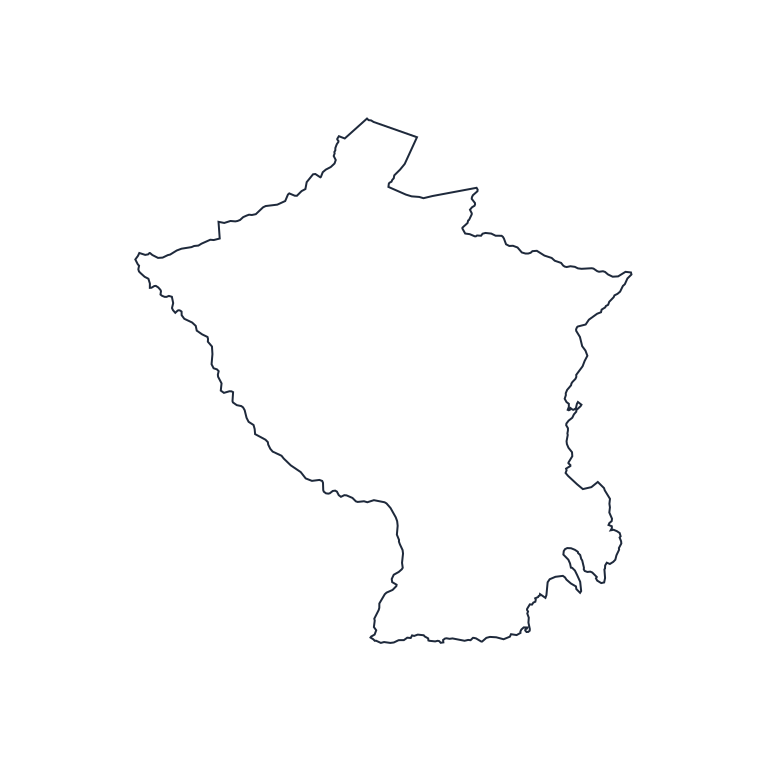 Pahuatlán, Puebla, Mexico, rotated 108°
{"feature_id": "50627088B33192987993204", "entity_name": "Pahuatlán", "entity_type": "district", "adm_level": 2, "iso_a3": "MEX", "parent_name": "Mexico", "parent_adm1": "Puebla", "projection": "albers", "projection_center": [-98.132, 20.287], "detail": "fine", "context": "isolated", "style": "outline", "palette": "slate", "viewbox_px": 768, "rotation_deg": 108, "n_neighbors": 0, "source": "geoboundaries", "source_scale": "gbopen_adm2", "svg_char_len": 6166}
<svg xmlns="http://www.w3.org/2000/svg" viewBox="0 0 768 768"><g transform="rotate(108 384 384)"><path d="M335.0,657.2L338.2,657.6L342.4,659.0L346.2,655.2L347.2,653.5L350.8,653.1L352.7,651.8L353.8,649.7L356.0,644.8L356.7,640.6L360.8,637.7L364.9,636.4L364.3,634.9L361.8,632.7L361.2,631.3L361.9,628.6L363.5,625.8L364.6,624.8L368.0,624.2L368.7,622.4L368.9,619.6L368.3,617.7L366.7,615.8L366.6,612.7L372.2,609.5L377.3,609.1L379.0,607.5L380.8,604.5L377.9,602.9L377.2,601.8L377.2,600.3L377.7,598.9L381.1,597.7L383.7,594.1L384.8,585.5L386.9,581.0L391.1,578.6L393.0,572.3L393.8,566.4L395.5,565.3L398.2,564.6L401.5,559.2L408.6,556.4L418.5,554.1L421.7,550.9L421.7,547.4L422.9,545.2L426.5,544.9L428.4,544.0L433.6,538.7L440.7,537.2L441.9,533.5L438.7,528.8L438.1,526.8L438.4,525.0L447.1,522.8L448.2,522.0L449.6,517.5L449.1,512.9L449.8,510.8L452.0,508.4L458.6,504.3L461.8,501.1L463.3,495.4L466.8,493.1L471.5,491.1L473.6,479.5L475.2,476.5L477.4,475.4L480.8,472.1L482.7,469.0L483.9,459.3L485.9,456.3L490.2,447.5L493.5,436.0L498.0,429.3L498.4,422.6L495.2,415.8L495.3,412.8L496.8,411.5L503.7,409.0L505.0,408.0L505.9,405.4L505.5,403.1L504.7,401.8L501.6,399.7L500.5,397.5L500.9,395.5L503.7,392.7L504.6,390.1L502.0,387.4L501.5,385.2L502.1,378.8L504.3,374.5L504.3,372.6L501.7,366.8L501.6,363.3L497.6,357.7L496.3,346.9L496.8,344.7L499.9,339.5L507.2,331.6L510.4,329.1L514.6,327.2L523.3,325.2L527.7,321.5L529.3,321.1L531.5,319.4L536.2,315.0L539.4,313.5L548.5,311.6L553.0,309.4L554.7,309.8L558.2,311.9L562.4,315.8L567.1,316.4L569.9,315.0L571.0,310.0L572.4,309.8L577.2,312.2L581.6,317.1L583.7,318.3L594.2,320.6L598.3,319.3L600.6,319.2L610.2,320.7L611.9,319.7L618.3,318.5L620.6,315.3L625.2,315.5L628.2,318.2L629.3,318.5L630.1,315.3L631.1,313.4L630.6,312.3L631.2,307.0L629.4,304.2L628.3,298.0L626.8,294.8L623.1,290.9L621.5,286.0L618.1,283.5L617.3,280.1L614.4,279.6L614.3,277.5L611.9,274.4L610.7,268.6L611.5,267.3L612.3,263.4L614.2,262.5L614.2,261.5L613.0,255.8L611.6,253.5L611.5,252.0L612.6,250.1L611.4,247.7L609.2,248.7L607.2,247.3L606.5,245.9L606.1,242.9L604.8,240.2L603.3,228.0L601.4,224.9L600.9,222.5L598.0,221.0L597.7,220.1L597.5,217.9L598.9,211.9L598.6,211.1L593.8,208.2L591.8,205.1L590.2,199.0L589.8,191.4L585.4,186.2L582.7,185.9L581.8,180.3L578.6,177.3L577.2,177.8L575.1,177.5L572.3,175.9L571.3,172.5L572.4,172.5L573.6,173.7L574.8,173.5L575.8,171.8L575.2,170.2L573.6,169.2L572.0,169.6L566.3,172.9L561.5,174.1L558.0,176.8L555.9,176.7L554.6,178.2L553.6,178.4L548.5,177.2L548.1,175.1L545.7,174.4L544.3,172.8L542.2,173.0L541.1,174.0L539.0,171.6L537.8,171.4L537.1,170.5L535.6,170.7L537.5,164.4L534.6,164.3L522.0,167.1L518.5,166.1L514.4,161.4L511.2,154.6L512.0,152.1L513.7,150.0L516.0,144.5L517.2,138.9L519.6,137.7L522.0,133.0L520.0,132.5L511.5,136.3L506.0,141.3L502.4,144.8L500.7,148.2L500.9,149.5L497.2,151.6L494.1,154.4L490.8,160.7L487.4,161.4L485.1,160.8L483.4,159.0L482.4,155.3L482.7,151.2L483.7,147.8L484.8,147.2L486.0,144.6L489.5,142.3L490.5,141.0L496.9,137.1L498.6,136.7L499.8,135.3L499.9,132.5L498.7,129.8L498.9,127.7L501.8,122.0L503.3,122.4L505.1,120.5L506.2,115.9L504.7,113.3L500.2,113.8L492.2,117.1L491.2,116.8L488.2,117.6L485.1,116.9L485.4,113.6L482.3,111.0L479.6,109.7L475.1,110.0L468.9,109.2L467.5,109.9L462.4,109.0L460.3,109.9L457.2,112.5L455.7,111.9L452.9,113.8L452.0,117.0L451.7,120.6L453.1,123.2L450.7,122.7L448.9,123.4L448.7,126.9L446.6,126.7L444.1,125.1L441.7,125.5L436.6,130.0L431.5,131.0L428.3,132.6L423.4,133.6L416.9,141.2L415.0,142.6L411.1,150.4L418.0,154.9L422.5,162.4L419.7,169.4L414.5,180.6L412.5,183.8L409.6,183.7L408.2,184.7L404.4,181.4L403.5,181.7L402.4,184.1L401.7,184.3L394.5,182.6L390.8,184.1L387.6,188.9L384.6,191.5L382.0,192.7L375.7,193.5L374.4,194.3L371.4,194.7L369.2,195.4L366.9,198.0L365.2,198.3L361.8,197.1L357.9,194.5L354.2,194.0L350.9,192.6L349.4,193.0L344.4,190.2L342.7,189.8L341.2,194.0L343.3,194.4L347.8,194.0L349.9,195.7L350.1,196.8L349.3,199.1L351.2,199.3L351.9,200.2L351.8,201.3L348.7,201.1L345.7,202.1L344.8,204.8L342.2,207.6L338.4,207.6L336.6,208.3L333.0,208.0L327.4,205.7L325.6,205.9L323.8,205.4L319.9,203.5L317.8,203.3L315.9,204.0L305.8,200.6L300.1,200.3L294.3,199.3L290.0,202.7L286.8,207.2L278.7,212.2L274.1,217.6L272.7,218.2L270.4,218.0L269.4,217.4L265.1,210.6L259.5,209.0L251.3,203.0L248.7,199.8L246.0,200.0L242.8,197.3L241.3,197.1L239.4,195.3L236.2,195.2L230.5,192.4L228.5,192.2L226.1,189.8L223.2,188.0L216.9,187.1L214.7,185.8L208.4,185.1L203.4,182.5L201.6,183.6L202.7,189.0L209.3,194.6L211.3,199.7L210.6,204.8L209.1,208.4L209.1,210.6L210.8,214.2L210.8,216.1L209.5,220.4L209.7,222.2L213.4,231.7L214.1,235.3L213.6,238.7L214.4,243.1L216.3,246.4L216.5,248.4L216.0,250.2L214.1,253.0L214.0,259.7L212.3,263.5L212.3,271.1L210.1,279.8L211.8,283.9L213.9,285.1L215.3,287.1L216.2,289.8L216.3,293.6L212.9,299.2L212.7,304.1L214.0,307.5L213.4,311.1L208.6,314.9L207.3,316.4L206.7,318.0L208.5,323.6L207.8,328.5L209.0,334.2L210.6,336.7L213.0,337.5L214.0,341.4L215.2,342.3L215.5,343.4L215.0,348.7L215.8,353.3L211.9,357.5L211.0,357.7L205.1,354.3L202.5,354.5L201.6,353.8L195.6,353.0L194.5,353.3L191.7,356.1L188.7,354.9L186.5,353.0L185.0,352.9L183.7,353.5L180.8,357.8L179.2,358.1L177.0,357.8L171.8,354.7L170.2,355.0L168.8,356.6L190.2,395.9L195.1,403.9L195.2,408.3L197.0,415.7L197.1,421.7L195.2,440.7L192.0,441.3L190.9,441.0L189.3,439.4L187.3,439.2L185.4,438.3L182.4,438.7L175.2,435.0L168.3,432.3L139.1,428.9L138.0,474.9L137.3,477.7L137.8,480.2L136.8,482.2L162.6,497.2L162.3,503.5L165.2,504.2L165.9,504.0L167.0,502.4L167.9,502.2L170.5,503.0L174.5,503.2L176.9,502.5L178.7,502.9L180.0,502.2L182.7,502.3L185.9,499.1L189.6,499.2L194.1,501.7L198.1,505.6L201.5,507.7L206.6,508.0L207.1,508.4L205.5,514.2L206.5,516.3L215.9,519.9L222.9,519.0L226.0,522.0L231.9,525.0L232.5,527.0L232.0,533.0L233.5,533.9L240.5,534.5L246.4,540.9L251.3,551.5L253.3,553.6L262.1,558.4L264.1,561.9L264.7,564.7L266.2,566.6L268.8,569.5L272.5,571.6L274.3,573.8L275.3,575.7L276.4,580.4L280.2,585.7L280.9,591.5L296.4,585.2L299.7,590.4L300.5,593.8L306.9,600.9L309.7,603.3L311.4,607.2L313.3,609.4L317.9,618.4L321.1,622.4L327.0,627.4L328.2,629.4L332.2,633.6L333.9,637.9L332.9,644.2L331.8,646.9L331.9,647.5L333.6,648.4L335.0,651.0L335.0,657.2Z" fill="none" stroke="#1e293b" stroke-width="2"/></g></svg>